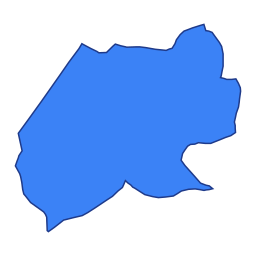 the district of Al-Shirqat, Sala ad-Din, Iraq
{"feature_id": "34846034B7804505829075", "entity_name": "Al-Shirqat", "entity_type": "district", "adm_level": 2, "iso_a3": "IRQ", "parent_name": "Iraq", "parent_adm1": "Sala ad-Din", "projection": "robinson", "projection_center": [43.229, 35.472], "detail": "fine", "context": "isolated", "style": "filled", "palette": "blue", "viewbox_px": 256, "rotation_deg": 0, "n_neighbors": 0, "source": "geoboundaries", "source_scale": "gbopen_adm2", "svg_char_len": 1605}
<svg xmlns="http://www.w3.org/2000/svg" viewBox="0 0 256 256"><path d="M48.4,231.6L54.3,227.4L63.6,220.1L73.6,217.6L82.2,215.6L87.7,212.6L95.9,207.3L106.8,200.0L112.5,196.3L118.1,190.9L122.4,187.5L123.5,185.1L125.4,180.6L127.9,183.0L130.7,184.9L132.8,187.2L134.6,188.1L140.7,192.0L144.8,194.6L152.6,196.6L158.4,197.6L165.6,197.0L173.4,196.0L177.4,193.6L181.4,191.0L188.5,189.3L195.2,188.9L199.8,189.6L204.0,190.4L206.3,189.9L209.1,189.6L212.7,188.7L209.3,185.9L206.0,185.2L200.5,183.1L194.9,176.7L184.9,165.5L181.1,160.2L182.6,153.5L184.6,150.4L187.6,146.2L190.5,144.4L194.9,144.1L198.4,142.7L205.4,143.4L210.7,143.4L214.2,142.0L219.5,139.9L225.6,137.4L230.9,135.6L235.5,132.5L235.2,128.1L235.2,125.5L234.4,122.0L235.5,117.1L236.3,113.2L238.5,107.0L239.2,102.2L239.5,99.1L240.6,91.2L240.3,87.7L238.4,83.3L235.9,78.9L231.8,79.4L227.5,79.4L226.7,79.4L224.2,78.5L220.5,77.6L221.2,75.9L222.0,71.5L223.1,66.2L223.1,63.6L223.1,57.9L223.1,53.9L221.6,46.4L219.4,42.5L214.6,35.9L212.1,32.4L208.8,31.1L205.8,30.6L203.9,24.4L200.4,25.4L192.5,27.9L187.8,29.7L184.0,31.1L180.2,34.6L176.4,39.8L175.0,43.7L172.1,48.3L169.4,49.0L166.2,50.4L162.4,50.0L155.4,49.3L145.7,47.6L139.9,46.9L135.8,46.9L126.7,47.2L125.8,46.9L120.8,45.8L115.3,44.1L112.9,46.2L106.5,52.5L98.9,52.8L96.8,51.4L91.0,48.6L83.1,44.4L81.9,43.7L79.0,48.6L69.0,62.0L58.8,76.7L41.2,101.7L28.6,119.2L18.3,133.3L22.1,150.8L18.9,155.7L18.3,157.9L17.1,161.0L15.4,165.9L19.7,173.7L20.6,176.5L21.8,182.4L22.7,189.5L23.8,194.0L25.6,196.1L30.6,202.5L43.7,211.9L45.5,214.4L46.7,217.2L47.2,230.6L48.4,231.6Z" fill="#3b82f6" stroke="#1e3a8a" stroke-width="1.5"/></svg>